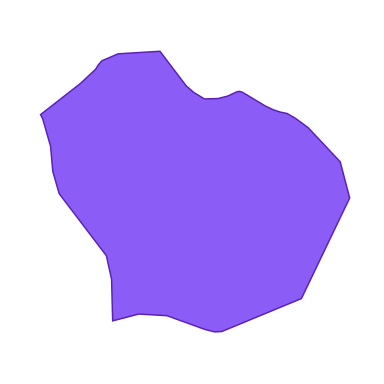 the Parish of Saint Joseph, rotated 5°
{"feature_id": "DMA-1436", "entity_name": "Saint Joseph", "entity_type": "Parish", "adm_level": 1, "iso_a3": "DMA", "parent_name": "Dominica", "parent_adm1": "", "projection": "robinson", "projection_center": [-61.392, 15.442], "detail": "fine", "context": "isolated", "style": "filled", "palette": "violet", "viewbox_px": 384, "rotation_deg": 5, "n_neighbors": 0, "source": "natural_earth", "source_scale": "10m", "svg_char_len": 589}
<svg xmlns="http://www.w3.org/2000/svg" viewBox="0 0 384 384"><g transform="rotate(5 192 192)"><path d="M124.2,327.3L119.5,286.0L112.3,263.0L59.8,205.2L51.5,183.5L47.1,158.7L36.9,132.1L34.4,128.1L71.3,93.7L85.3,78.1L87.5,73.7L90.8,69.1L106.3,60.8L147.8,54.6L177.1,86.9L185.3,92.8L196.3,98.2L209.8,96.6L219.0,93.4L228.3,88.1L230.8,87.6L233.7,88.3L257.4,99.9L265.8,103.0L273.0,104.7L279.9,105.5L288.8,109.7L302.2,117.9L337.0,149.0L349.6,184.2L310.3,288.6L233.8,328.4L226.8,329.4L216.8,327.8L177.8,317.4L149.7,318.2L124.2,327.3Z" fill="#8b5cf6" stroke="#5b21b6" stroke-width="1.5"/></g></svg>